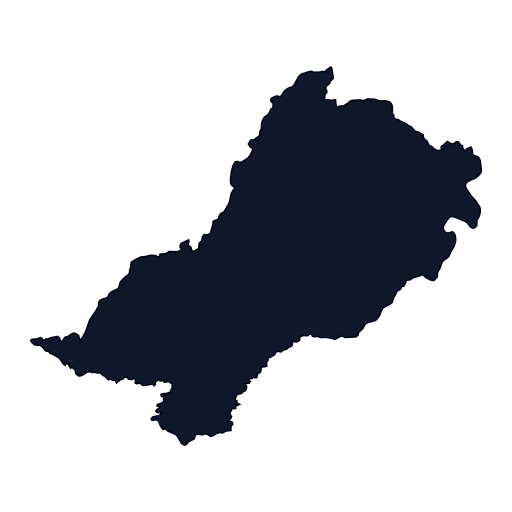 São Gonçalo do Abaeté, Minas Gerais, Brazil
{"feature_id": "56859067B31558780587995", "entity_name": "São Gonçalo do Abaeté", "entity_type": "district", "adm_level": 2, "iso_a3": "BRA", "parent_name": "Brazil", "parent_adm1": "Minas Gerais", "projection": "mercator", "projection_center": [-45.579, -18.177], "detail": "fine", "context": "isolated", "style": "filled", "palette": "ink", "viewbox_px": 512, "rotation_deg": 0, "n_neighbors": 0, "source": "geoboundaries", "source_scale": "gbopen_adm2", "svg_char_len": 6035}
<svg xmlns="http://www.w3.org/2000/svg" viewBox="0 0 512 512"><path d="M330.9,66.9L327.4,69.3L324.4,72.0L322.2,71.3L320.0,72.1L313.6,72.2L311.3,71.3L309.2,71.6L301.9,73.9L299.6,75.5L298.3,77.1L294.0,85.0L292.2,86.8L288.3,88.1L284.5,90.8L280.9,96.3L279.2,96.7L277.2,95.9L274.8,96.5L271.8,98.0L270.6,99.6L271.1,101.7L273.1,103.3L272.9,108.0L270.9,109.1L269.3,112.7L267.7,114.7L264.7,116.9L263.5,118.5L262.3,121.0L261.5,123.4L261.5,128.3L260.2,130.7L259.3,135.9L254.3,139.3L252.8,140.0L250.8,139.9L248.3,144.0L250.2,146.9L252.7,148.5L252.2,151.1L249.5,156.1L247.9,158.0L241.2,162.3L239.6,162.3L237.7,161.5L235.4,161.7L234.2,163.3L233.0,165.8L231.4,171.5L230.5,178.7L230.6,182.7L231.1,184.6L235.1,188.2L232.7,190.7L231.8,192.4L231.0,194.3L229.6,201.7L227.6,205.8L224.3,211.3L222.9,212.5L220.7,213.4L219.1,216.2L218.3,219.0L216.1,220.2L214.4,220.5L213.0,221.7L213.0,224.0L210.2,233.7L206.3,235.0L204.3,234.5L202.6,236.5L202.0,238.7L202.1,240.4L199.2,243.2L198.6,248.5L194.6,250.8L192.5,251.4L191.6,250.0L191.3,248.3L190.6,246.8L189.0,246.0L188.1,243.7L189.1,241.6L188.6,239.9L180.9,243.5L180.1,245.5L180.2,247.6L181.8,248.9L180.0,250.5L177.5,251.8L169.1,251.4L167.3,252.8L165.0,253.8L160.0,254.1L159.3,256.5L157.6,257.1L156.0,255.7L150.7,255.2L145.9,256.4L140.6,257.0L133.9,260.4L131.2,262.4L130.5,268.2L129.8,269.6L129.5,272.4L128.5,274.6L124.9,277.1L120.8,281.4L119.9,283.1L118.8,287.8L117.3,289.0L110.9,292.1L109.2,294.0L108.3,296.0L107.0,297.8L102.7,299.0L100.0,300.3L98.6,302.3L98.4,307.2L97.1,308.3L96.1,310.5L89.6,320.1L85.7,331.6L82.2,337.9L80.1,340.1L79.2,337.9L78.7,335.6L76.3,333.8L74.1,333.1L72.0,333.6L67.6,336.6L65.2,337.1L63.5,339.2L62.3,341.8L60.5,340.7L59.6,338.1L57.6,336.4L50.7,337.7L48.3,338.9L46.0,338.9L44.6,340.0L42.9,340.0L42.1,338.3L40.5,337.5L37.0,338.9L31.8,339.3L30.7,340.5L31.5,342.0L34.2,344.7L37.7,345.4L39.5,345.0L43.2,347.7L44.6,350.0L46.1,351.1L48.8,351.5L49.8,353.2L53.2,354.6L59.4,358.2L63.2,363.8L65.2,365.4L66.4,363.1L68.4,364.5L70.6,368.3L72.1,367.4L75.6,370.5L75.3,372.1L76.3,374.2L78.6,376.0L80.7,375.9L84.3,374.2L86.4,372.4L90.4,371.6L91.8,372.6L93.5,372.2L98.2,373.1L100.4,372.9L102.5,375.1L105.2,376.6L108.4,379.8L110.4,378.9L111.7,379.9L115.4,380.7L116.5,383.0L120.8,379.5L123.2,378.9L124.4,377.2L127.9,377.4L128.2,379.1L132.0,379.6L133.8,378.4L135.2,379.0L135.3,383.2L137.2,383.8L139.8,383.0L142.3,385.3L145.1,385.4L152.9,384.0L153.8,385.7L155.3,384.7L155.3,382.6L156.4,380.9L158.6,380.2L160.9,381.1L162.7,380.1L164.1,382.2L165.8,382.2L167.5,381.5L169.3,381.7L170.4,383.0L172.1,383.3L172.2,388.0L171.0,389.9L170.2,392.0L166.3,393.5L163.5,393.6L160.8,394.4L161.4,396.1L163.4,397.0L163.8,401.4L162.1,402.8L157.5,404.4L156.8,405.9L158.9,406.0L159.2,408.1L156.9,409.5L155.7,411.1L157.2,412.6L161.6,412.7L160.6,414.3L159.1,415.5L152.8,416.8L151.1,418.9L152.2,420.5L153.6,420.0L156.3,419.9L158.1,420.6L160.6,426.2L163.0,429.6L164.7,428.7L168.0,431.2L175.3,434.3L177.0,435.7L181.5,443.4L183.0,444.5L184.6,445.1L186.2,444.7L188.6,441.8L194.2,438.9L195.4,435.0L197.6,434.2L202.9,434.8L205.2,433.8L207.2,434.3L210.6,436.4L212.7,435.9L216.4,433.5L220.4,432.5L222.2,433.0L226.4,431.0L230.9,430.5L231.0,426.1L232.8,424.2L232.3,422.2L228.6,420.9L230.8,418.4L231.6,416.3L230.0,414.7L230.3,412.1L231.7,410.0L231.4,408.0L233.4,408.7L235.7,408.5L235.4,406.4L239.7,404.3L237.1,403.2L236.8,400.5L234.6,400.8L236.5,395.2L238.5,394.0L240.3,393.9L242.0,393.1L243.2,391.7L245.1,390.9L246.2,389.3L246.7,386.4L244.5,384.0L249.2,383.2L250.3,381.4L248.4,379.6L250.3,378.6L252.1,378.6L252.4,376.4L254.2,377.8L256.6,377.8L257.7,375.2L257.1,372.8L259.3,373.1L260.6,372.1L261.5,367.2L266.7,366.4L266.6,361.9L267.9,360.5L268.3,357.9L270.5,357.2L274.7,354.7L275.8,352.2L278.3,351.3L280.9,352.0L283.2,350.3L286.9,349.0L288.8,347.2L291.2,346.4L292.3,345.1L292.4,342.9L293.5,341.2L295.8,341.9L298.0,341.6L299.7,340.0L299.7,337.4L301.3,336.2L303.5,335.6L307.8,335.7L310.0,334.0L311.6,334.3L312.4,336.4L314.6,336.8L317.1,336.4L320.9,337.6L325.7,337.3L332.4,338.5L334.8,339.4L340.2,336.5L342.4,336.0L345.1,337.5L356.1,336.9L358.1,335.0L358.6,332.4L362.8,328.6L364.9,324.7L366.7,323.2L368.5,322.4L374.5,320.8L376.1,320.0L379.5,315.9L381.4,310.7L382.7,308.5L384.9,306.6L389.2,304.8L392.2,302.5L393.5,298.3L396.6,292.3L397.9,290.6L399.6,289.9L400.8,288.8L401.7,286.9L403.9,286.0L405.0,284.1L406.2,280.7L408.0,280.0L409.8,280.0L413.1,277.7L419.2,276.2L421.4,274.8L423.6,275.5L425.9,277.6L430.5,280.0L433.9,280.6L437.5,276.7L437.4,273.8L437.9,271.7L440.0,268.2L442.0,262.4L443.5,260.5L447.8,257.5L449.0,256.2L450.6,252.1L454.5,245.6L455.8,240.3L455.3,235.7L454.5,233.8L452.5,231.7L448.0,233.0L445.9,232.7L444.1,230.8L443.3,228.5L443.3,226.9L444.0,225.0L446.5,221.0L449.6,217.2L451.7,216.5L453.7,216.7L465.3,221.5L467.6,223.3L470.5,227.1L473.4,228.4L475.3,227.3L476.8,225.6L476.9,220.5L479.3,216.1L480.0,213.7L480.4,211.3L480.2,208.5L479.3,206.0L478.1,204.7L476.0,201.1L471.6,196.3L466.2,188.4L465.5,186.5L465.5,184.6L466.6,182.6L468.4,181.2L475.9,177.9L478.8,175.4L480.4,173.5L481.2,171.8L481.3,169.5L480.3,160.6L479.2,158.2L477.2,156.5L473.3,155.1L472.5,153.6L472.5,151.1L471.9,148.9L470.8,146.9L468.8,148.1L466.6,148.5L465.5,151.1L463.7,149.6L462.7,147.9L462.5,145.6L460.2,144.9L459.5,143.2L458.0,141.6L455.8,142.0L453.9,143.8L451.2,143.8L447.4,141.4L443.4,145.1L441.3,146.4L441.2,150.0L438.5,150.6L436.2,150.0L432.8,147.8L431.7,146.3L429.9,146.0L428.7,144.6L426.7,140.5L424.9,139.6L423.6,137.7L423.1,134.7L418.7,132.2L415.1,131.2L410.8,126.4L408.7,125.8L405.3,123.1L400.6,121.3L398.4,119.6L395.9,119.3L393.9,117.6L393.8,115.1L392.0,112.9L392.5,111.2L392.4,106.3L391.4,103.8L389.4,101.7L384.6,100.7L382.0,101.0L379.3,100.8L374.2,99.1L367.3,98.9L365.3,100.1L363.2,100.6L359.9,99.9L353.7,100.2L351.3,100.5L349.3,101.7L347.8,103.4L345.5,104.5L343.7,105.8L340.0,106.1L336.9,107.1L336.0,104.6L335.5,99.7L329.8,100.4L328.4,99.7L324.3,100.1L324.8,98.0L324.7,95.7L325.4,93.9L326.9,92.4L326.7,90.6L325.9,89.1L325.7,87.3L326.7,85.9L329.8,83.3L330.2,81.5L333.4,78.2L331.9,68.7L330.9,66.9Z" fill="#0f172a" stroke="#020617" stroke-width="1.5"/></svg>